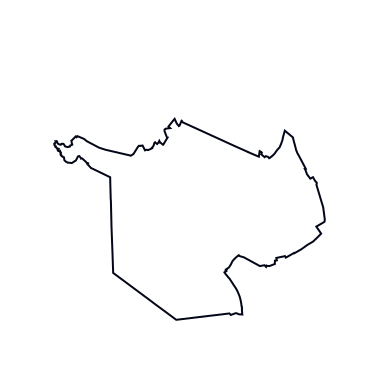 the district of Gilze en Rijen, Noord-Brabant, Netherlands, rotated 50°
{"feature_id": "6326949B41369938524082", "entity_name": "Gilze en Rijen", "entity_type": "district", "adm_level": 2, "iso_a3": "NLD", "parent_name": "Netherlands", "parent_adm1": "Noord-Brabant", "projection": "robinson", "projection_center": [4.88, 51.563], "detail": "fine", "context": "isolated", "style": "outline", "palette": "ink", "viewbox_px": 384, "rotation_deg": 50, "n_neighbors": 0, "source": "geoboundaries", "source_scale": "gbopen_adm2", "svg_char_len": 5124}
<svg xmlns="http://www.w3.org/2000/svg" viewBox="0 0 384 384"><g transform="rotate(50 192 192)"><path d="M122.7,204.5L125.3,212.5L125.2,212.7L125.1,213.9L125.0,214.2L125.0,214.7L124.8,215.6L124.7,215.6L124.4,215.8L118.3,220.4L103.9,231.2L98.3,234.7L86.3,239.6L85.9,239.8L81.9,240.6L75.1,244.1L75.7,244.0L75.8,244.2L75.9,244.9L75.9,245.1L74.7,245.1L74.7,245.5L75.2,250.8L75.1,251.4L76.1,251.9L76.8,252.4L77.2,252.6L77.6,252.8L78.7,253.2L78.8,253.3L78.5,254.4L78.3,255.0L78.1,255.3L78.3,255.9L78.7,256.3L78.6,256.7L78.2,257.1L77.8,258.2L77.5,258.5L76.9,259.0L76.5,259.3L75.9,259.5L75.6,259.8L75.4,259.9L73.0,259.5L72.5,259.6L72.2,259.8L71.9,260.2L71.5,260.7L71.2,261.0L71.2,261.3L71.3,261.5L71.5,261.9L71.5,262.0L71.2,262.2L71.1,262.3L71.1,262.5L69.5,263.4L68.7,263.6L66.8,263.2L66.6,263.0L66.2,262.9L66.0,263.0L66.0,263.3L65.8,263.5L66.0,263.5L66.1,263.8L66.0,264.1L65.8,264.2L66.1,264.5L66.5,264.5L66.3,265.0L66.4,265.5L66.5,265.6L66.8,266.0L66.7,266.1L66.4,266.0L66.4,266.4L66.6,266.6L66.9,266.8L67.4,266.8L67.5,266.8L67.7,267.1L67.9,267.3L68.2,267.4L68.6,267.3L69.2,267.1L69.4,267.1L69.5,267.0L69.8,267.2L69.9,267.6L70.0,267.7L70.3,267.6L70.5,267.4L71.0,267.2L71.3,267.2L71.8,267.2L72.0,267.1L72.1,267.3L72.5,267.4L72.5,267.5L72.8,267.5L72.8,267.3L72.7,267.1L73.2,267.0L73.3,266.8L73.6,267.4L73.6,267.5L73.9,267.6L74.0,267.6L74.1,267.9L74.1,268.0L74.4,268.0L74.6,268.1L74.8,268.0L74.9,267.9L74.7,267.5L74.9,267.4L75.0,267.2L75.1,266.9L75.2,266.7L75.4,266.7L75.5,266.6L75.8,266.7L75.7,266.9L75.7,267.0L75.8,267.1L76.2,266.9L76.9,267.0L77.2,267.2L77.5,267.2L77.5,267.3L77.4,267.4L77.3,267.6L77.5,267.7L77.8,267.5L77.9,267.4L78.0,267.5L77.9,267.9L78.0,268.0L78.3,268.1L78.3,268.3L78.2,268.3L78.7,268.5L78.8,268.4L79.0,268.4L79.3,268.4L79.7,268.4L79.7,268.5L79.7,268.8L79.9,268.8L80.4,268.6L80.9,268.7L81.1,268.7L81.6,268.5L81.8,268.3L82.3,268.3L82.6,268.1L83.0,268.1L83.1,267.9L83.4,268.0L83.6,268.0L84.9,268.9L85.2,269.1L85.3,269.2L85.6,269.2L85.9,269.3L86.3,269.3L87.0,269.2L87.4,269.2L87.7,269.0L88.0,269.0L88.8,268.6L89.1,268.5L89.4,268.4L89.6,268.4L89.9,267.9L92.6,265.5L92.8,263.5L92.9,262.9L93.1,261.2L93.2,260.7L92.4,258.7L91.7,257.2L91.6,256.8L91.5,256.1L92.0,255.3L92.1,255.2L92.6,255.3L93.4,255.3L94.9,255.3L95.1,255.4L95.2,255.0L95.2,254.9L95.4,254.7L96.1,254.5L99.2,254.1L100.4,253.9L100.9,253.9L101.2,253.9L101.6,254.0L102.7,253.9L102.6,253.7L102.8,253.5L102.9,253.4L102.9,253.2L103.2,253.1L103.4,253.7L103.5,254.2L105.1,254.1L107.6,254.0L108.5,254.0L128.1,245.2L132.7,248.9L144.9,258.6L147.0,260.1L164.5,274.1L166.1,275.4L189.0,293.2L203.3,304.4L245.8,294.3L246.1,294.2L253.2,292.6L279.8,286.2L299.6,255.9L302.0,252.3L309.1,241.4L311.2,241.3L311.3,240.8L312.3,238.1L312.9,236.5L313.3,236.0L314.6,235.2L315.3,235.0L315.7,234.8L318.2,232.2L316.7,231.2L313.3,228.7L313.2,228.6L313.3,228.5L311.9,227.5L311.7,227.6L311.4,227.5L309.2,226.0L308.2,225.5L306.3,224.4L305.3,223.9L302.7,222.7L301.5,222.3L299.1,221.5L296.9,220.9L294.7,220.4L294.0,220.3L290.6,219.9L283.7,219.1L282.5,218.9L280.3,219.1L280.0,219.0L277.3,219.0L276.0,219.0L274.4,218.8L274.7,216.7L273.6,216.6L273.8,215.5L273.2,215.5L273.4,213.7L273.6,212.7L273.5,212.2L273.4,211.7L273.0,210.4L272.7,209.4L272.5,208.8L271.3,206.2L270.9,205.0L270.6,202.9L270.4,200.1L270.4,199.3L270.4,198.6L270.4,197.8L270.5,196.8L271.4,196.9L275.8,194.0L276.0,194.0L292.4,187.6L294.7,183.5L297.0,183.4L296.4,182.2L296.7,182.1L298.5,180.3L300.4,174.8L298.5,173.2L297.9,172.6L298.9,170.9L296.7,169.8L300.7,162.4L300.8,162.0L302.6,162.3L304.3,153.0L304.7,153.0L306.1,145.4L306.7,137.6L307.8,131.0L307.4,125.0L306.9,119.8L298.4,119.0L298.4,118.7L298.5,118.6L300.0,109.7L298.7,108.2L298.2,107.8L288.3,101.5L287.3,101.0L282.8,99.1L274.7,95.6L266.6,92.1L266.3,91.9L266.2,91.8L266.0,91.3L264.9,90.4L264.6,90.5L262.8,90.6L261.6,90.4L258.4,89.8L257.8,92.8L252.3,92.5L248.2,91.0L246.8,90.7L247.3,89.9L231.9,86.6L231.4,86.6L230.9,86.5L230.0,86.3L229.1,86.0L226.6,85.2L224.9,84.3L216.3,80.3L215.0,79.6L204.7,81.5L205.8,83.1L207.3,85.3L207.4,85.5L209.1,87.9L209.3,87.9L209.8,88.6L210.4,89.4L212.4,92.8L213.8,95.6L214.1,96.2L214.2,97.0L214.5,99.4L214.6,99.8L214.7,100.2L215.0,101.5L215.6,103.6L215.8,104.7L215.9,105.8L215.9,107.8L216.0,107.8L216.0,108.0L215.9,108.0L215.9,110.1L215.9,110.3L215.8,111.0L215.7,111.2L215.2,111.1L214.0,111.2L212.8,111.9L212.0,112.4L212.0,112.5L212.0,114.0L207.8,114.7L207.5,114.2L206.7,113.2L205.5,113.5L205.4,113.4L204.2,113.9L207.9,118.1L197.7,123.3L197.7,123.2L185.0,129.4L154.1,144.1L132.7,154.3L131.1,154.1L131.0,154.5L130.9,154.5L133.2,159.0L133.0,159.7L132.6,159.6L130.6,159.7L130.1,159.7L129.5,159.6L124.8,158.3L125.3,161.0L126.7,167.9L129.0,167.7L127.7,169.7L126.6,171.5L126.5,172.9L127.9,174.0L134.1,176.1L134.3,176.1L134.6,175.8L137.3,183.7L137.2,183.8L136.7,184.0L136.3,184.0L134.0,184.4L133.8,184.7L133.2,184.5L131.8,184.2L132.6,185.9L132.8,187.9L130.2,188.3L130.3,189.5L131.0,190.4L131.6,191.3L132.0,192.3L132.3,193.5L132.4,194.6L132.8,194.6L132.2,197.1L131.5,198.9L130.2,199.9L129.9,201.2L124.6,200.0L123.9,201.4L123.6,201.8L123.5,201.7L122.7,202.7L122.5,202.9L122.5,203.2L122.7,204.5Z" fill="none" stroke="#020617" stroke-width="2"/></g></svg>